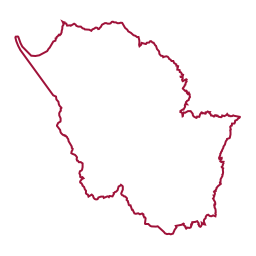 Andilamena, Alaotra-Mangoro, Madagascar (Natural Earth projection)
{"feature_id": "10022922B97539486376385", "entity_name": "Andilamena", "entity_type": "district", "adm_level": 2, "iso_a3": "MDG", "parent_name": "Madagascar", "parent_adm1": "Alaotra-Mangoro", "projection": "natural_earth1", "projection_center": [48.448, -16.737], "detail": "fine", "context": "isolated", "style": "outline", "palette": "rose", "viewbox_px": 256, "rotation_deg": 0, "n_neighbors": 0, "source": "geoboundaries", "source_scale": "gbopen_adm2", "svg_char_len": 5826}
<svg xmlns="http://www.w3.org/2000/svg" viewBox="0 0 256 256"><path d="M223.4,161.8L222.4,161.7L221.4,162.1L220.3,161.3L220.9,159.7L221.7,158.8L221.7,157.8L220.7,157.9L220.3,158.5L219.4,159.0L219.0,158.0L220.3,155.0L220.3,153.8L220.9,153.1L221.0,152.2L222.0,150.9L221.9,150.5L223.3,147.8L223.5,146.5L224.9,144.6L225.8,141.3L226.8,140.0L227.0,139.0L229.3,138.2L229.8,137.8L230.5,134.5L230.5,131.8L230.2,130.2L230.8,129.7L230.2,126.9L230.9,125.9L231.8,125.6L232.0,123.6L234.4,123.5L234.9,122.5L235.2,120.6L237.0,119.9L238.5,118.1L239.3,117.9L239.9,117.1L240.6,117.0L234.1,115.8L233.2,115.4L232.1,116.1L230.1,116.2L229.5,115.6L228.6,115.8L227.2,114.0L226.6,114.9L224.4,116.1L222.2,115.5L221.9,116.6L221.1,117.2L218.4,116.7L217.6,115.6L216.5,115.9L216.0,115.2L214.9,115.3L214.4,116.4L213.7,116.5L212.7,115.7L211.0,115.5L210.7,114.3L209.4,113.1L209.9,112.1L209.1,112.1L207.6,111.5L206.4,112.5L205.7,112.4L205.6,113.6L205.2,113.7L203.6,113.1L202.6,113.4L202.2,113.3L202.1,112.6L201.5,112.4L200.1,114.3L199.3,116.8L197.1,116.6L196.7,117.7L196.3,117.9L193.6,116.4L192.8,115.0L192.7,113.7L190.6,111.1L188.0,111.1L185.0,112.8L183.8,112.5L183.3,113.3L182.8,116.2L182.6,116.3L182.2,113.1L181.5,112.4L180.4,112.1L180.4,111.0L182.7,109.5L183.5,109.6L185.1,106.7L184.8,105.3L185.3,104.2L186.9,104.3L185.9,103.1L185.9,102.2L186.7,101.6L187.0,100.9L188.6,100.1L189.2,98.2L190.0,97.0L189.6,95.7L189.7,94.5L188.8,92.7L188.4,93.1L188.3,94.1L188.0,94.2L186.8,92.8L187.0,91.8L186.6,90.9L186.1,90.6L185.3,91.0L182.8,88.6L183.0,88.0L184.4,86.3L184.7,85.2L185.4,84.7L185.6,83.0L186.6,81.5L186.1,80.8L186.7,79.6L186.4,79.3L185.9,79.4L182.8,81.2L182.3,80.6L182.1,79.5L182.7,78.6L182.7,77.8L181.9,77.1L180.7,77.0L180.6,76.6L182.7,76.3L183.1,74.8L181.7,74.2L181.6,73.4L180.7,72.2L179.8,72.0L179.6,70.1L177.3,69.6L177.6,68.7L177.3,67.9L177.9,67.3L178.1,66.2L176.3,65.7L176.3,64.4L174.1,63.0L173.3,61.0L171.5,61.0L170.5,59.6L169.2,59.0L168.7,57.9L167.8,56.8L166.4,56.3L164.4,56.7L163.2,57.2L162.7,56.0L160.9,55.7L159.4,53.9L159.1,51.4L157.0,49.0L156.0,45.9L155.2,45.3L153.6,42.7L152.6,42.6L151.1,41.2L150.2,41.2L149.2,42.5L146.7,42.8L146.1,43.9L145.6,44.0L141.7,42.9L141.1,44.8L139.5,46.2L139.1,44.9L139.4,42.4L139.3,40.3L138.5,37.0L137.1,37.1L135.4,35.8L133.5,35.2L131.0,32.9L128.3,31.4L127.2,29.6L125.1,27.9L122.2,22.9L120.8,22.7L119.1,23.2L117.4,23.2L116.0,22.4L113.9,22.3L112.9,21.7L111.8,21.9L110.5,23.4L109.3,23.7L107.7,23.7L106.2,23.1L105.0,23.1L102.0,24.7L100.7,27.1L99.9,27.7L99.1,28.9L98.2,29.1L97.4,28.0L96.8,27.7L95.4,27.7L94.5,28.5L92.4,29.4L91.3,30.8L89.3,29.7L84.8,29.4L84.1,28.7L82.6,28.3L80.8,26.6L78.2,26.6L76.3,25.8L75.6,24.6L74.1,23.7L71.0,25.6L70.5,25.7L70.2,25.3L67.1,25.6L66.3,23.6L64.9,23.3L64.6,22.3L63.7,22.3L62.6,21.7L63.2,22.9L63.5,24.7L62.4,26.4L62.3,28.8L61.6,31.2L61.7,32.0L60.9,34.1L59.9,35.1L59.5,34.6L59.0,34.6L57.7,36.3L56.7,37.0L56.5,38.0L55.6,38.4L55.8,39.2L55.4,40.7L53.3,41.5L49.6,47.8L48.7,48.6L47.2,51.1L39.3,55.3L35.4,56.0L31.2,55.7L22.3,46.6L20.6,43.3L18.3,36.9L17.8,36.5L15.7,36.7L15.4,37.6L16.3,41.2L18.2,45.9L20.4,50.1L53.2,95.3L56.0,96.6L56.4,99.5L58.4,101.7L58.9,104.5L59.8,106.1L61.4,107.7L61.3,108.3L60.7,108.7L60.8,110.8L60.1,111.4L59.2,113.2L59.3,115.5L60.6,118.3L60.6,120.9L60.4,121.6L58.2,122.9L57.0,125.3L57.0,125.9L60.1,129.9L60.5,132.0L61.1,133.1L62.8,134.8L64.2,135.1L64.5,135.7L65.3,135.5L65.7,135.7L65.9,136.3L67.0,137.0L67.3,137.9L68.2,139.1L68.6,141.2L71.7,146.4L71.8,147.9L72.7,148.8L72.3,150.3L71.6,151.4L71.3,153.1L72.3,153.8L74.9,154.8L76.0,155.9L77.0,157.3L76.6,159.2L77.1,160.6L77.8,160.7L78.9,162.2L80.7,162.1L82.6,163.4L82.6,167.1L82.1,169.6L81.5,170.5L79.9,171.3L79.4,173.4L80.2,175.0L80.2,176.9L80.8,177.3L82.4,177.1L83.5,178.3L81.9,179.1L80.2,181.3L80.1,182.1L80.4,182.7L81.5,183.3L82.5,185.0L82.5,185.6L84.1,187.0L84.8,189.2L86.0,190.8L85.9,193.2L86.5,194.0L87.9,194.7L88.5,196.6L91.7,194.6L93.0,195.8L93.6,197.7L94.6,198.9L95.5,199.3L96.9,199.4L97.7,199.0L98.4,197.5L101.0,196.6L103.3,196.6L103.8,197.9L107.3,196.4L108.1,196.4L108.9,197.1L109.6,196.0L112.5,196.4L113.9,193.9L113.7,193.0L114.2,192.9L115.0,192.0L116.1,191.7L117.6,190.2L118.6,186.5L120.3,185.6L120.9,184.8L122.5,186.0L122.8,186.7L122.8,189.6L121.2,193.4L121.5,194.4L122.2,195.2L123.4,195.6L124.1,196.4L125.0,196.4L126.7,197.9L127.0,198.6L126.6,199.9L128.0,201.2L127.9,201.9L128.3,202.6L128.8,204.9L129.5,205.4L130.5,205.3L132.0,209.8L132.7,209.8L134.4,213.4L135.8,213.8L138.2,213.3L139.9,214.3L142.2,213.5L143.4,214.3L143.5,214.8L143.2,215.0L143.8,216.5L144.5,217.1L144.4,217.4L145.1,217.5L145.6,218.3L145.0,223.4L145.3,224.0L148.3,224.0L150.4,226.0L151.6,226.4L156.0,226.6L157.7,226.3L163.8,231.8L165.0,233.3L167.0,234.1L169.1,233.8L170.8,234.3L173.0,233.6L174.7,229.7L176.5,227.3L175.8,225.9L181.5,224.8L183.4,223.6L183.8,223.8L183.6,225.1L185.5,226.5L185.4,227.4L186.2,228.6L187.5,227.6L189.5,227.9L190.7,227.4L191.1,226.3L191.1,224.3L191.4,224.1L191.8,224.6L192.4,223.1L192.1,222.5L192.2,222.2L195.4,221.9L197.2,221.2L198.7,223.3L198.3,224.2L198.9,224.7L198.9,225.6L199.6,226.5L200.4,226.8L200.9,226.4L202.0,224.3L201.8,222.9L203.9,224.3L205.0,224.5L203.9,221.7L203.9,220.5L204.2,219.5L205.6,218.2L205.8,216.6L206.8,215.2L208.2,214.7L209.6,215.9L210.8,216.2L211.6,216.2L213.1,215.4L215.4,216.3L215.8,214.4L215.3,213.2L215.7,212.6L215.6,210.1L215.3,208.7L214.6,207.6L214.7,207.0L214.2,205.5L214.4,204.5L215.1,204.6L215.3,204.1L215.1,202.2L213.1,198.6L213.6,198.3L213.6,197.7L214.2,196.3L213.8,195.6L214.3,195.6L214.9,193.9L214.9,192.9L214.0,191.8L214.5,191.1L215.8,190.9L215.7,189.9L216.6,188.6L216.5,187.9L218.1,186.0L220.8,183.9L220.7,183.3L220.1,183.2L219.9,182.6L220.6,181.2L220.6,179.3L222.5,175.8L222.3,174.6L222.8,174.2L223.1,172.3L222.8,169.5L223.2,168.3L221.8,167.4L221.7,166.8L222.3,166.4L222.8,165.4L222.8,164.7L223.5,163.2L223.1,162.4L223.4,161.8Z" fill="none" stroke="#9f1239" stroke-width="2"/></svg>